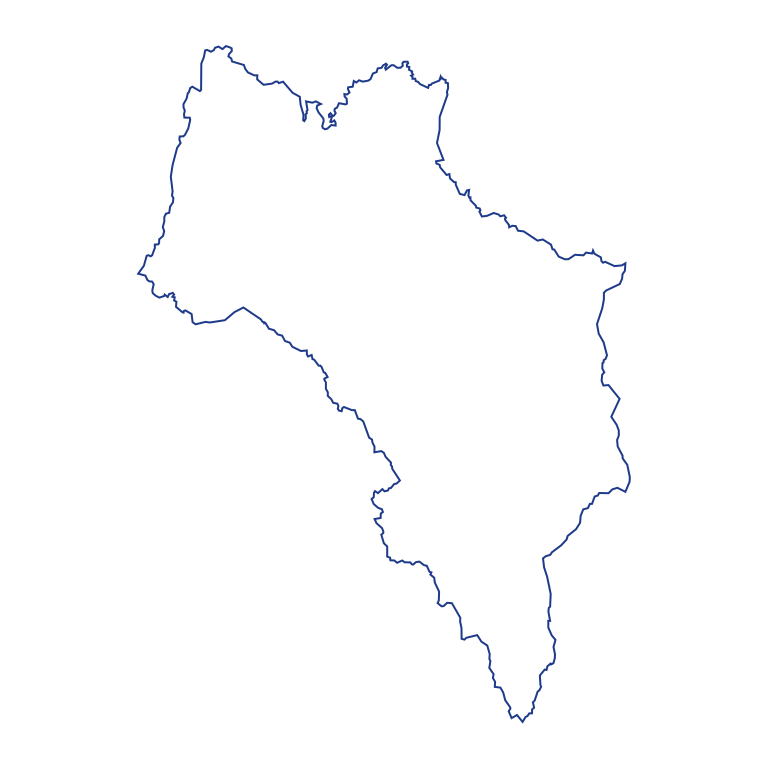 Mueang Phrae, Phrae, Thailand
{"feature_id": "78962969B59947573587879", "entity_name": "Mueang Phrae", "entity_type": "district", "adm_level": 2, "iso_a3": "THA", "parent_name": "Thailand", "parent_adm1": "Phrae", "projection": "equal_earth", "projection_center": [100.232, 18.084], "detail": "fine", "context": "isolated", "style": "outline", "palette": "blue", "viewbox_px": 768, "rotation_deg": 0, "n_neighbors": 0, "source": "geoboundaries", "source_scale": "gbopen_adm2", "svg_char_len": 6028}
<svg xmlns="http://www.w3.org/2000/svg" viewBox="0 0 768 768"><path d="M138.2,273.7L145.4,275.6L147.3,279.8L149.1,281.3L152.1,281.6L153.7,284.2L152.3,290.3L152.7,293.1L155.8,295.8L159.4,297.6L164.2,296.0L164.7,294.6L167.7,297.0L169.1,294.1L172.8,292.9L174.1,294.5L172.4,296.8L174.7,297.3L174.1,300.4L176.4,301.7L176.0,306.8L182.6,312.4L183.6,312.6L183.7,311.1L185.3,310.4L191.6,314.0L192.6,322.2L195.6,324.3L205.4,321.9L209.8,322.5L224.9,320.2L234.5,312.1L243.4,307.5L260.9,319.4L262.5,321.8L264.3,322.2L264.2,323.3L265.6,323.2L268.9,328.7L274.1,330.2L277.6,334.4L282.1,335.6L285.0,341.0L289.8,342.7L292.4,346.8L301.0,351.0L306.8,350.5L306.9,354.5L308.1,356.5L311.6,355.0L312.5,359.1L314.2,359.7L318.7,365.7L320.3,365.6L321.6,367.0L323.8,372.4L325.2,372.8L327.6,377.0L324.4,378.6L324.3,379.6L325.9,382.4L325.9,388.8L327.8,392.2L327.8,395.9L331.2,399.1L333.2,402.8L337.4,403.7L338.4,406.0L337.8,408.8L339.0,410.6L341.6,411.2L342.3,408.2L343.9,407.0L351.8,410.1L354.8,410.1L358.0,418.7L360.5,419.1L363.3,421.5L369.1,437.6L372.0,439.6L372.5,442.6L374.5,446.6L374.4,452.3L381.3,451.1L383.9,452.9L385.6,456.8L391.0,462.7L390.8,465.0L392.0,466.5L392.3,468.9L399.9,480.5L396.5,483.6L394.2,484.0L390.9,488.0L389.0,488.3L387.9,490.5L384.5,491.3L382.4,489.1L378.0,493.1L375.0,491.1L374.0,492.8L373.7,497.3L371.6,499.0L373.7,504.0L378.2,507.9L381.9,509.2L382.9,512.0L380.8,513.6L380.6,518.0L374.6,519.0L376.5,523.2L382.0,528.1L383.3,531.4L383.3,533.0L381.3,534.7L383.9,543.3L387.2,546.4L387.2,556.6L390.1,557.7L390.4,560.3L394.4,560.5L397.1,562.8L402.2,560.5L404.7,562.3L410.4,562.4L411.9,564.4L413.3,564.5L415.8,562.2L419.4,561.6L423.9,565.1L426.8,565.8L429.5,571.8L431.4,572.4L430.4,574.6L434.2,577.7L434.8,582.5L439.1,591.6L438.8,600.5L437.6,603.1L441.6,606.3L443.6,606.1L447.2,602.8L451.9,603.2L460.3,617.8L460.1,621.4L461.5,628.2L461.6,638.8L464.5,639.6L466.3,637.8L477.2,635.1L481.4,641.6L487.3,645.6L489.7,654.1L489.4,659.0L490.4,661.1L489.3,667.9L493.6,674.2L492.9,678.0L495.1,681.8L494.8,686.9L500.4,687.6L503.2,692.5L505.2,700.2L510.2,707.3L510.4,708.6L508.7,711.3L511.6,718.1L517.0,715.0L522.6,721.9L525.6,716.9L527.4,716.1L529.4,713.3L532.0,713.3L532.1,709.4L534.1,707.7L532.9,702.3L534.7,700.5L537.6,691.7L539.4,690.2L541.1,686.8L540.4,684.8L539.9,675.4L544.7,669.6L546.5,670.0L547.4,666.3L550.6,663.6L551.2,664.4L553.4,663.2L554.8,658.4L555.0,654.4L553.5,647.0L555.5,639.9L551.7,635.3L548.3,627.6L548.3,620.9L550.1,620.9L548.4,611.6L548.8,607.9L550.1,606.7L550.7,594.0L547.2,577.0L544.1,567.4L543.0,558.4L545.6,556.3L550.3,554.8L551.9,552.3L561.3,545.2L566.6,539.5L567.6,536.0L576.1,529.1L580.1,522.8L580.6,516.1L583.2,509.4L587.9,508.1L589.9,503.9L592.0,503.9L594.7,496.5L597.8,495.5L599.2,493.0L608.5,493.2L612.3,489.4L617.4,487.8L625.4,491.8L629.6,481.7L629.8,477.0L627.3,464.9L622.6,458.3L622.6,455.8L617.7,446.5L617.1,440.0L618.8,435.5L618.8,430.5L616.6,424.7L611.3,416.8L619.6,398.9L608.5,385.1L603.4,385.5L601.6,380.7L602.2,374.6L604.3,372.4L602.3,368.5L602.5,363.0L603.5,362.5L603.7,360.2L605.6,358.9L607.0,355.3L603.6,342.3L598.7,333.6L597.0,324.1L602.3,308.1L603.9,299.4L603.9,292.7L606.3,290.4L619.8,284.0L622.1,278.7L622.5,274.3L624.9,270.8L625.4,263.3L621.8,265.4L614.5,266.1L605.1,261.8L603.0,262.7L601.5,261.1L600.8,257.3L594.5,253.8L593.0,250.5L592.1,253.5L586.0,252.6L583.5,255.3L575.0,254.8L568.6,259.1L564.9,259.3L558.7,256.6L554.3,249.6L552.5,249.3L551.0,244.6L542.8,239.5L537.5,240.6L523.7,231.4L518.0,230.7L515.7,226.1L512.3,225.8L509.2,227.3L508.9,224.9L505.2,220.0L505.0,218.7L506.0,217.8L504.1,215.3L500.3,216.3L498.6,214.5L493.7,213.0L487.1,215.8L481.9,216.5L479.4,211.6L480.4,210.3L479.7,208.5L476.3,207.6L475.8,205.7L470.6,200.4L470.4,197.4L469.5,197.8L468.4,195.7L469.1,189.9L467.0,190.4L464.5,195.1L459.8,193.9L455.8,184.8L455.7,182.2L454.0,182.1L450.0,178.4L449.4,174.1L446.6,175.0L440.2,167.4L439.6,164.8L436.4,163.5L436.0,161.3L443.5,159.9L437.0,143.0L439.6,130.1L439.7,116.9L447.5,94.7L446.9,92.1L448.1,88.2L447.9,83.1L445.6,82.7L445.6,79.9L443.4,79.4L441.9,77.7L441.1,78.5L440.6,76.8L439.3,80.6L431.8,83.6L430.8,85.0L429.0,84.9L428.1,87.9L419.9,84.0L418.2,81.9L415.8,81.1L415.2,78.7L412.5,78.8L412.5,76.8L411.1,75.6L413.1,74.6L411.7,72.3L412.1,71.4L409.0,69.7L409.3,66.9L406.9,66.6L407.0,64.3L408.2,63.3L407.6,61.7L403.5,61.8L402.4,63.3L402.8,65.7L400.6,67.7L397.3,67.8L393.6,65.2L391.5,65.2L385.8,69.6L385.1,67.8L387.0,64.7L386.0,63.7L383.0,65.5L381.5,67.8L377.7,68.4L376.6,72.1L372.9,73.5L370.5,79.2L368.1,80.7L362.7,81.6L359.1,80.3L356.3,82.5L353.8,81.0L352.7,86.7L348.2,87.3L347.9,89.0L349.5,92.5L347.0,94.5L344.4,94.1L344.6,96.4L346.7,98.8L346.9,103.7L345.6,104.4L339.0,103.2L337.1,107.5L334.8,108.8L334.4,110.7L335.7,113.1L333.9,115.7L332.7,116.1L330.5,113.2L328.9,114.6L329.2,117.0L330.8,116.3L331.7,117.6L330.3,121.8L331.6,122.1L334.3,120.4L335.6,122.8L335.6,125.6L331.4,125.0L327.4,128.6L325.1,129.3L322.8,127.9L322.2,126.2L323.7,121.0L323.3,118.4L318.6,112.5L316.6,108.2L317.3,105.5L320.9,104.0L315.8,101.4L312.4,102.7L306.1,101.4L307.5,110.2L306.6,111.2L306.8,113.3L305.7,114.1L305.8,118.5L304.3,121.1L303.2,120.3L303.5,114.8L300.6,104.8L299.8,96.8L292.6,92.8L283.1,81.7L278.8,83.1L277.6,81.6L275.5,81.6L272.1,83.6L263.6,84.8L257.2,79.4L257.3,75.3L254.4,75.4L248.0,72.5L245.3,69.0L243.9,65.0L232.1,61.5L231.3,58.5L228.4,56.4L229.0,54.1L231.8,51.0L231.6,48.3L229.5,47.2L225.9,46.1L222.5,49.1L218.5,46.6L215.0,47.8L213.8,50.2L210.9,51.7L207.1,49.9L205.2,50.4L203.8,57.3L201.3,63.6L201.1,89.9L199.9,91.1L192.3,86.7L190.2,88.1L188.8,92.5L187.8,93.1L186.6,98.6L183.5,104.1L183.5,107.3L184.8,110.7L184.0,114.3L184.4,117.6L189.8,117.7L190.2,119.9L188.3,128.4L184.9,135.0L183.3,136.3L179.7,136.5L179.4,139.9L180.6,142.9L177.1,147.9L172.6,165.0L170.8,176.7L172.6,191.3L172.0,195.7L173.4,198.0L172.9,202.4L170.1,206.6L169.2,212.8L165.9,213.7L164.3,217.1L164.3,221.4L162.8,227.3L164.2,231.1L163.0,236.0L159.2,239.3L159.1,243.0L158.3,244.3L154.8,244.6L154.9,247.8L152.1,255.3L150.7,256.3L148.4,255.2L146.7,255.8L143.9,265.7L138.2,273.7Z" fill="none" stroke="#1e3a8a" stroke-width="2"/></svg>